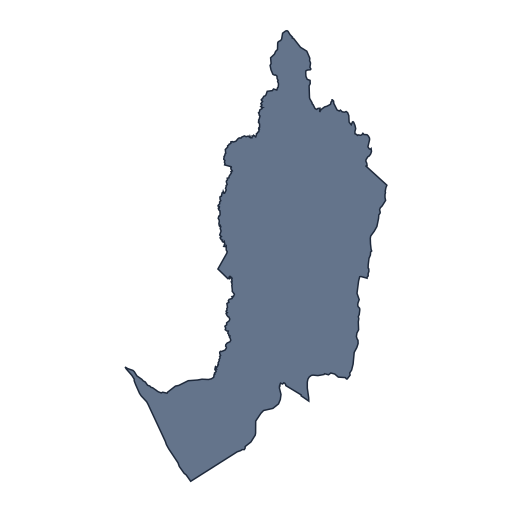 the district of Bakan, Pouthisat, Cambodia
{"feature_id": "14789045B65386681247425", "entity_name": "Bakan", "entity_type": "district", "adm_level": 2, "iso_a3": "KHM", "parent_name": "Cambodia", "parent_adm1": "Pouthisat", "projection": "equal_earth", "projection_center": [103.706, 12.696], "detail": "fine", "context": "isolated", "style": "filled", "palette": "slate", "viewbox_px": 512, "rotation_deg": 0, "n_neighbors": 0, "source": "geoboundaries", "source_scale": "gbopen_adm2", "svg_char_len": 6071}
<svg xmlns="http://www.w3.org/2000/svg" viewBox="0 0 512 512"><path d="M229.3,320.7L226.6,322.9L226.7,324.8L224.9,326.2L225.7,328.1L225.2,329.7L226.9,331.0L228.3,331.1L227.8,333.2L228.7,334.2L228.9,335.7L230.0,336.0L229.5,337.3L230.1,338.0L230.8,340.2L229.9,341.8L227.2,343.0L225.8,344.7L225.6,346.2L226.4,347.2L226.4,348.0L225.0,350.1L221.5,351.5L220.5,351.3L219.7,352.2L219.8,353.8L220.6,355.4L219.7,356.3L220.0,356.6L219.9,358.3L219.0,359.6L219.3,360.6L218.1,362.9L218.4,364.6L217.8,364.9L217.9,365.7L216.7,367.5L215.6,366.5L215.3,367.0L215.2,368.3L216.2,369.1L214.9,369.3L215.0,369.8L216.1,371.0L216.1,371.6L214.5,373.1L214.8,373.4L214.8,374.3L214.1,374.6L213.7,377.3L211.4,378.8L208.5,379.5L201.9,379.2L197.7,380.0L188.2,380.7L178.8,385.4L175.4,386.1L167.7,392.1L167.0,393.2L162.7,392.2L161.2,392.9L158.1,391.7L152.7,387.8L151.0,387.3L149.8,386.0L147.6,385.3L145.3,382.0L143.2,380.9L141.8,379.3L136.9,375.9L134.3,371.7L132.9,370.4L127.7,368.6L125.1,367.0L126.3,369.0L131.8,375.3L134.2,379.1L134.2,380.8L135.6,384.5L139.5,393.3L141.2,395.9L146.7,401.8L148.1,404.4L165.3,441.3L166.4,444.6L168.7,448.8L178.0,462.8L179.3,466.5L184.2,473.4L186.1,474.8L190.7,481.3L237.2,451.8L240.7,450.6L242.1,449.6L244.3,449.6L245.1,448.2L245.2,446.5L250.9,442.0L255.2,435.2L255.6,433.1L255.7,421.1L260.9,413.3L263.6,410.5L272.9,408.4L278.5,403.9L280.3,399.6L281.0,394.5L279.4,388.0L279.5,386.0L280.0,385.9L279.8,385.1L280.5,383.2L282.6,384.0L283.8,382.8L284.8,383.3L285.7,384.7L285.8,385.6L301.2,394.9L301.1,395.8L308.8,401.1L308.7,397.9L307.3,388.1L307.3,382.1L307.9,379.2L309.2,377.0L311.3,375.4L313.0,375.1L317.9,375.6L324.0,374.5L324.6,373.7L328.5,374.8L330.8,373.0L334.7,374.0L338.3,377.1L345.3,377.6L346.5,379.0L347.2,379.0L350.1,375.1L349.7,373.0L351.6,370.1L353.1,364.1L354.2,352.4L356.8,347.6L358.1,343.6L358.0,340.3L357.1,338.9L356.4,336.5L356.9,333.0L358.6,329.8L358.3,321.8L358.8,318.7L358.3,316.6L359.2,314.6L359.8,309.9L359.6,308.3L358.0,306.5L357.7,304.8L358.0,302.9L359.2,299.6L357.0,293.3L358.6,280.9L359.7,276.7L360.9,276.5L367.0,278.2L366.9,277.6L368.2,275.9L368.1,273.7L368.9,271.4L368.8,268.9L368.1,267.9L368.2,264.9L369.0,258.3L370.4,255.1L370.6,252.0L371.7,251.0L371.1,249.4L370.5,243.9L370.3,238.3L370.7,236.0L374.3,231.1L376.9,226.5L378.6,218.2L378.8,214.9L380.0,213.3L380.2,212.2L379.6,209.7L380.3,207.8L382.1,206.0L385.6,200.4L385.0,197.6L385.0,194.4L385.5,192.7L385.2,191.4L385.9,187.6L386.9,185.2L365.5,165.7L366.9,166.2L367.1,165.8L366.8,163.3L365.8,161.1L366.1,159.5L367.9,156.7L369.3,155.9L370.7,153.9L371.5,151.4L371.1,148.5L370.3,149.2L369.3,148.9L367.9,146.8L369.6,139.7L369.5,138.1L368.4,136.1L367.0,134.7L363.9,134.5L362.9,133.3L361.8,134.8L360.6,135.3L358.4,134.9L357.4,135.4L356.8,134.6L355.0,133.7L354.9,131.5L355.7,128.7L355.0,125.5L353.7,122.3L353.0,121.7L352.5,121.9L351.2,124.8L349.6,122.8L349.1,122.0L348.8,115.6L347.6,112.6L346.1,111.5L344.5,112.2L342.2,111.8L340.4,110.1L339.3,111.0L337.1,110.0L333.8,103.4L333.6,101.1L332.4,99.8L331.9,99.9L332.0,101.1L331.1,101.9L330.5,104.3L327.0,106.2L324.6,106.9L321.1,109.5L320.0,111.5L319.7,111.4L320.0,108.2L317.9,108.4L316.7,109.4L315.0,108.5L313.0,104.5L312.2,103.9L312.0,102.6L309.8,98.8L309.5,97.6L309.1,85.8L310.2,83.7L310.1,80.4L307.2,79.3L305.9,76.3L305.7,71.9L306.0,70.7L307.6,70.0L310.3,69.8L310.9,69.0L309.9,67.3L310.5,63.6L310.4,62.4L309.6,60.9L309.8,58.2L306.8,51.2L300.5,47.3L293.8,38.7L292.2,37.9L292.5,37.2L290.0,34.6L288.0,31.3L287.0,30.7L285.6,31.0L282.6,33.2L281.6,39.2L280.6,40.5L278.3,41.7L277.7,42.9L277.5,49.5L275.6,51.4L274.5,54.1L270.6,57.8L271.1,63.6L270.1,65.4L271.0,69.9L272.9,74.3L274.5,75.1L275.6,75.0L277.0,76.2L277.1,78.5L278.1,80.4L277.6,81.2L277.7,81.9L278.2,82.6L278.5,84.0L278.2,87.1L277.6,87.6L276.8,90.0L273.5,89.0L272.4,90.6L267.2,91.3L266.0,94.9L264.9,96.0L263.8,96.3L262.6,98.4L261.3,99.6L261.4,100.3L262.6,101.5L260.9,103.5L260.8,103.8L261.9,104.7L261.8,105.3L260.7,106.6L262.4,107.4L261.7,107.5L262.0,108.6L259.9,109.8L259.3,112.2L258.5,112.8L259.2,114.0L259.1,115.0L260.0,116.0L259.1,119.4L258.6,120.0L258.9,121.7L258.4,122.1L259.5,123.8L259.6,124.9L259.6,127.2L258.9,127.6L259.3,128.9L258.7,128.9L259.0,130.4L258.7,131.8L257.6,132.3L257.3,133.3L256.4,133.8L256.5,134.7L255.7,136.9L253.6,135.2L253.0,136.1L252.1,136.0L252.0,137.8L250.6,137.8L249.9,136.1L249.5,137.1L248.2,136.1L246.1,136.7L244.4,135.9L241.5,137.2L241.0,138.1L239.2,137.9L238.1,138.6L235.8,141.3L233.1,142.0L232.5,141.6L230.9,141.8L230.8,143.4L229.0,144.3L228.7,145.1L227.6,145.8L227.7,147.1L225.3,149.5L225.7,153.4L225.1,153.8L224.7,155.7L224.0,156.4L224.2,156.8L223.8,158.5L223.8,159.4L224.9,160.4L224.4,162.2L225.0,163.5L224.6,164.9L231.2,166.7L231.4,167.2L230.8,167.8L231.0,169.1L232.3,170.9L230.9,171.6L231.5,172.8L229.2,176.1L228.8,177.9L227.2,178.2L227.5,179.9L226.4,181.0L226.3,181.8L227.2,184.6L226.1,185.5L226.2,186.6L225.5,188.4L226.2,189.8L225.9,190.7L224.6,193.2L223.9,193.3L223.2,191.4L223.0,192.3L222.1,192.8L221.4,196.3L220.2,196.6L219.9,197.1L220.1,199.5L220.8,200.7L219.6,202.0L219.7,203.8L218.1,205.4L218.0,206.0L219.4,206.7L219.3,207.9L218.5,207.9L218.3,208.5L219.0,210.1L219.8,210.6L220.0,212.0L220.1,214.6L219.4,216.0L218.8,216.1L218.2,218.4L219.1,219.9L219.3,221.3L218.9,223.6L219.3,225.9L219.6,226.2L220.2,225.4L220.8,226.6L220.2,228.5L221.1,231.0L219.7,235.0L221.4,236.6L220.2,237.4L220.1,237.9L221.3,239.8L222.4,240.1L222.1,240.9L222.5,241.7L223.3,242.1L224.2,241.3L224.9,244.6L224.1,245.1L224.3,245.6L223.8,246.4L225.9,246.7L225.7,246.3L226.2,245.9L226.2,250.0L227.2,251.6L226.8,253.2L217.9,269.0L227.9,278.7L228.5,278.4L229.6,278.8L229.8,278.3L229.1,277.1L229.9,276.3L230.6,276.6L230.3,277.5L230.9,278.0L231.7,277.7L232.1,278.5L231.6,280.0L232.0,280.6L232.0,281.8L231.3,281.9L232.2,284.3L231.8,285.3L232.3,289.8L232.2,291.3L234.4,294.2L233.4,296.7L232.8,296.9L232.2,296.4L231.8,296.7L232.4,297.5L232.1,298.5L229.1,299.4L228.3,300.8L228.9,302.2L226.9,303.5L227.5,307.4L226.8,308.5L227.0,310.2L226.1,311.1L226.2,311.9L227.3,312.7L226.1,313.6L227.0,315.4L228.0,316.7L228.8,317.0L229.8,319.0L229.3,320.7Z" fill="#64748b" stroke="#1e293b" stroke-width="1.5"/></svg>